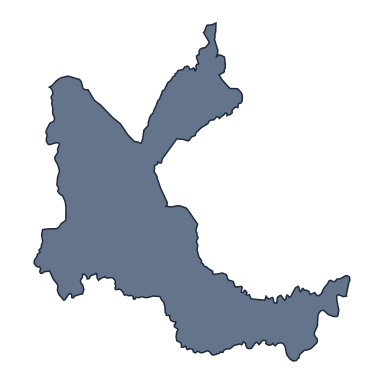 Filomeno Mata, Puebla, Mexico (Robinson projection)
{"feature_id": "50627088B66549226075892", "entity_name": "Filomeno Mata", "entity_type": "district", "adm_level": 2, "iso_a3": "MEX", "parent_name": "Mexico", "parent_adm1": "Puebla", "projection": "robinson", "projection_center": [-97.693, 20.213], "detail": "fine", "context": "isolated", "style": "filled", "palette": "slate", "viewbox_px": 384, "rotation_deg": 0, "n_neighbors": 0, "source": "geoboundaries", "source_scale": "gbopen_adm2", "svg_char_len": 5921}
<svg xmlns="http://www.w3.org/2000/svg" viewBox="0 0 384 384"><path d="M277.8,343.3L280.6,342.8L282.5,343.3L283.8,344.3L285.3,347.2L286.3,352.8L287.3,355.6L290.1,359.1L293.1,361.0L296.4,360.5L297.6,358.8L298.8,358.1L299.2,355.8L299.9,354.3L304.6,350.1L307.1,350.0L310.9,348.6L316.6,343.1L317.4,341.1L317.2,338.8L315.2,336.6L314.3,334.1L314.4,332.6L317.4,325.7L317.8,316.9L318.1,315.1L319.2,312.6L321.0,310.7L323.5,310.3L328.2,314.5L333.7,316.5L336.3,316.6L337.8,315.9L338.8,310.3L336.9,300.6L336.6,296.5L337.4,295.2L338.9,294.8L343.5,296.7L346.5,296.1L346.4,294.5L348.7,283.1L349.6,281.1L349.9,279.2L349.4,277.0L347.7,275.9L345.7,275.7L339.9,278.9L337.0,279.1L334.8,281.6L333.0,281.6L331.1,280.4L329.2,280.8L326.9,284.7L325.0,286.7L322.9,290.1L321.9,292.8L320.4,294.6L318.7,295.6L316.8,295.5L314.7,292.6L310.1,294.5L308.8,291.3L306.4,290.2L304.1,290.1L303.4,288.7L302.3,288.4L300.8,291.8L299.7,291.0L299.1,287.7L298.1,286.2L295.4,287.9L290.8,296.5L288.9,297.3L288.2,295.7L287.1,295.0L286.3,296.2L285.8,299.4L284.5,300.2L280.8,295.3L279.3,295.9L277.7,297.2L277.2,298.5L276.7,303.2L274.2,302.7L273.5,300.8L273.2,298.3L272.1,297.4L269.4,299.0L267.8,298.3L266.1,296.2L264.8,300.2L251.1,298.9L249.3,294.7L247.1,295.3L246.0,294.5L247.0,292.8L245.6,290.5L244.5,290.3L243.1,292.6L241.5,292.4L241.3,291.5L242.2,287.2L241.4,286.4L235.3,287.0L233.1,281.4L228.1,279.9L226.4,274.7L222.4,273.0L216.3,274.2L212.9,274.2L212.5,271.0L208.7,268.9L206.3,266.7L204.5,266.5L203.8,265.8L203.2,264.0L201.3,262.8L201.6,261.4L201.2,260.1L199.0,257.2L197.0,249.8L197.8,245.4L196.4,241.6L196.5,240.6L197.7,239.0L198.0,237.1L197.1,236.7L196.8,232.3L195.9,231.8L196.3,228.7L197.6,224.2L187.8,209.9L186.1,208.0L179.8,205.8L176.3,205.9L171.8,206.9L166.0,206.3L167.1,205.3L167.2,202.4L160.8,188.7L157.1,178.1L157.0,176.3L153.8,171.2L154.5,169.0L154.5,165.8L157.5,163.9L157.7,161.9L159.8,163.1L161.4,162.8L162.3,158.8L176.8,138.9L184.4,139.5L185.7,140.4L187.4,140.4L187.9,141.0L189.4,140.1L191.4,137.0L195.2,135.5L196.1,132.6L201.4,127.6L207.9,123.6L209.1,121.0L211.1,120.1L214.0,119.8L216.7,116.7L218.3,117.1L219.4,118.5L222.5,115.7L224.1,114.7L225.1,113.1L226.1,113.0L226.8,113.7L227.0,115.7L228.1,115.0L230.2,114.6L231.9,113.2L232.2,112.5L232.1,110.1L235.2,107.1L237.8,107.6L238.5,103.7L241.1,102.9L242.2,101.0L242.4,95.7L241.2,92.6L237.6,88.7L229.9,88.5L222.0,79.8L219.2,74.9L223.8,72.3L224.4,71.2L224.3,69.8L225.1,68.4L225.4,64.6L224.4,57.0L221.1,55.3L218.7,54.9L216.6,56.5L217.7,52.7L217.7,49.7L214.4,39.3L215.0,37.4L214.9,34.0L215.7,31.8L216.0,23.0L211.8,24.8L206.8,25.3L204.4,31.7L203.5,32.4L209.4,42.6L205.4,47.6L202.3,48.1L200.0,49.3L199.2,50.8L198.9,54.9L197.7,55.0L196.5,56.1L196.8,58.7L198.7,63.8L196.8,64.4L196.0,65.9L196.3,68.9L195.9,70.0L195.2,70.7L194.6,70.6L194.6,69.2L193.9,68.0L192.9,68.2L192.3,69.0L190.0,69.3L188.6,66.8L187.3,66.1L184.8,66.9L183.0,69.5L178.2,70.5L177.4,71.5L176.9,73.2L175.1,73.6L175.2,75.1L174.6,76.0L173.3,76.4L170.6,80.4L167.6,83.0L164.7,89.3L164.0,90.1L162.9,90.5L162.2,91.6L161.7,93.9L161.0,94.9L159.7,98.7L158.2,100.3L157.1,102.6L156.1,105.9L154.3,109.3L152.8,113.7L151.3,114.7L149.7,117.2L148.2,123.2L148.2,125.5L143.9,130.1L142.7,139.1L141.0,143.5L138.1,142.1L134.2,141.4L127.8,134.8L120.4,123.8L112.9,117.8L100.2,104.7L95.4,101.2L93.6,99.1L88.1,89.8L84.6,89.5L83.1,88.5L81.2,81.6L79.5,79.5L68.1,76.1L62.0,77.5L59.3,78.7L56.4,80.8L52.3,85.3L50.1,86.9L48.7,87.1L50.3,87.7L51.2,88.6L52.1,90.0L52.9,92.8L53.0,93.6L51.1,97.0L51.1,97.9L52.2,100.5L51.7,103.7L52.7,107.5L52.7,113.9L54.2,116.8L54.5,119.4L53.3,121.7L50.7,122.7L49.6,123.8L46.6,129.5L45.9,132.8L47.3,134.8L46.3,139.0L46.4,141.1L47.9,144.0L49.5,144.7L55.2,143.0L57.6,142.7L59.2,143.3L59.4,144.1L57.5,149.3L57.9,152.3L54.7,157.4L55.2,160.2L57.9,164.9L59.5,171.0L57.6,177.2L56.9,184.5L57.0,185.4L58.6,187.8L57.8,191.6L59.2,193.5L62.8,196.1L65.2,201.7L66.0,207.2L65.8,219.1L65.6,220.5L61.3,223.5L58.9,227.2L56.4,228.7L48.2,228.9L42.6,229.6L41.7,234.9L42.7,241.8L41.4,245.3L41.1,247.8L40.4,249.0L39.5,249.2L39.0,250.7L40.2,252.2L37.5,254.1L36.9,256.5L34.4,260.3L34.1,263.2L35.9,265.9L37.5,266.9L39.3,266.9L40.7,268.3L39.7,271.7L40.6,273.3L42.1,273.4L44.2,271.8L49.6,271.0L53.4,279.3L57.1,283.9L57.9,285.8L57.4,290.1L58.8,294.3L63.6,300.1L64.9,299.9L67.1,296.9L68.1,294.8L70.0,293.6L71.6,294.3L71.8,297.6L73.0,297.9L73.7,297.6L74.5,296.1L80.7,294.1L82.5,294.0L83.8,289.6L83.6,288.4L82.8,285.4L81.0,282.8L80.4,280.9L80.9,279.5L82.4,277.7L82.6,274.6L83.0,274.1L84.4,274.3L86.0,275.8L87.1,277.6L87.0,278.8L87.8,279.0L89.2,278.5L90.7,275.8L92.2,275.0L94.9,274.3L95.9,273.5L96.7,273.6L97.1,278.0L98.6,280.4L99.5,279.1L100.6,278.9L101.7,277.7L103.8,277.4L105.4,276.6L106.6,278.1L111.7,277.6L113.1,278.2L115.1,280.5L115.4,282.0L114.9,283.8L115.9,285.9L115.0,287.7L115.1,288.9L115.9,289.6L117.3,289.6L118.3,289.0L120.6,289.6L122.8,292.0L124.4,295.2L126.3,294.8L128.4,295.8L131.3,295.4L132.4,295.9L133.1,296.5L133.3,298.5L134.0,299.3L134.7,299.4L135.8,297.5L139.4,297.6L141.7,296.5L145.4,297.7L148.4,297.4L153.1,296.0L160.1,296.6L161.4,299.6L163.8,302.6L164.9,306.9L165.2,312.4L166.1,313.6L166.3,315.3L169.8,315.7L169.8,318.0L170.8,320.4L173.7,321.8L175.9,321.9L175.4,324.2L174.5,324.3L174.3,326.7L178.1,329.3L176.7,332.2L176.1,336.8L176.8,340.8L180.3,342.5L181.0,343.2L181.5,345.3L181.4,347.2L183.7,347.1L185.6,346.1L187.0,349.5L190.5,348.8L192.0,349.3L193.0,349.8L193.2,351.7L195.1,352.9L195.8,352.8L197.3,351.3L198.1,351.3L200.0,352.6L202.2,352.8L207.4,350.8L208.9,351.3L210.5,352.7L211.6,354.6L213.5,355.1L219.2,353.3L220.5,351.8L221.5,352.4L223.0,352.2L224.1,350.1L226.2,349.0L229.8,348.8L234.2,345.4L239.7,344.0L241.7,344.8L243.6,341.8L246.0,343.9L245.7,345.1L247.1,348.0L249.6,348.7L251.5,348.2L255.5,342.6L256.4,342.2L258.3,343.6L258.8,344.6L260.1,343.6L262.1,340.9L263.3,340.4L265.7,340.6L266.1,341.1L265.7,343.6L267.9,345.0L270.2,345.2L271.6,344.5L272.9,343.3L273.4,344.5L275.2,345.8L277.8,343.3Z" fill="#64748b" stroke="#1e293b" stroke-width="1.5"/></svg>